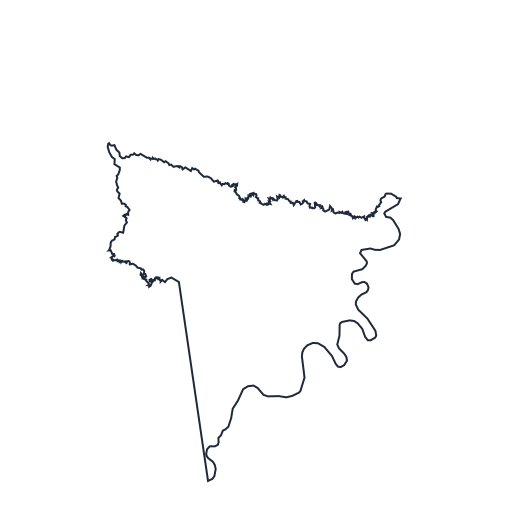 Puerto Concordia, Meta, Colombia, rotated 330°
{"feature_id": "7082276B49783171180305", "entity_name": "Puerto Concordia", "entity_type": "district", "adm_level": 2, "iso_a3": "COL", "parent_name": "Colombia", "parent_adm1": "Meta", "projection": "robinson", "projection_center": [-72.676, 2.773], "detail": "fine", "context": "isolated", "style": "outline", "palette": "slate", "viewbox_px": 512, "rotation_deg": 330, "n_neighbors": 0, "source": "geoboundaries", "source_scale": "gbopen_adm2", "svg_char_len": 6156}
<svg xmlns="http://www.w3.org/2000/svg" viewBox="0 0 512 512"><g transform="rotate(330 256 256)"><path d="M410.0,278.5L406.8,276.2L407.1,274.9L404.2,269.6L400.1,267.1L399.0,267.2L397.3,268.8L393.1,268.8L391.5,270.1L391.3,272.0L388.0,273.4L387.7,274.5L386.1,274.4L385.7,273.6L383.3,275.2L382.4,276.4L382.8,277.7L380.7,278.0L380.9,276.4L379.9,278.1L378.4,277.1L378.7,278.4L377.7,280.3L376.8,279.7L377.3,278.4L375.9,277.4L374.9,278.4L374.3,277.2L373.5,277.3L373.7,278.5L371.7,277.7L370.2,280.1L369.8,279.0L368.8,279.4L368.7,277.6L369.5,275.8L366.5,275.6L365.2,273.6L364.0,273.9L363.5,272.7L362.1,272.8L361.3,271.2L360.5,272.6L359.8,271.0L358.9,271.5L359.2,269.5L357.6,267.5L358.9,267.2L358.9,266.5L357.3,265.6L357.7,264.6L356.1,265.4L355.3,264.7L357.2,263.8L357.1,263.2L355.3,262.7L354.0,263.7L352.9,262.5L352.8,260.9L351.7,261.5L350.3,259.5L349.7,260.4L348.0,259.0L346.2,259.0L345.0,257.1L345.9,254.4L344.5,254.5L345.6,253.3L345.1,249.8L342.7,252.4L338.1,252.1L337.0,250.1L337.8,249.2L337.7,247.6L336.9,247.3L338.1,246.9L338.1,245.8L335.0,244.9L336.3,244.9L335.8,244.1L336.5,243.8L334.1,242.2L334.7,240.9L334.3,239.5L333.5,239.2L331.5,243.6L330.3,243.7L328.6,242.7L328.7,241.9L326.9,241.2L327.0,239.9L328.9,237.9L326.9,236.2L327.1,234.0L325.3,232.5L325.6,231.7L323.9,232.0L323.8,233.2L322.7,233.7L320.5,233.7L320.6,230.8L318.9,229.9L319.2,228.9L318.4,228.6L314.1,230.8L314.5,228.3L312.6,227.4L313.0,226.5L313.9,226.7L312.4,225.4L312.1,222.6L310.3,221.2L311.0,219.9L310.0,219.3L310.1,218.5L309.2,218.7L309.6,218.0L308.4,218.3L306.9,217.1L307.4,215.7L306.9,214.9L305.1,217.1L304.0,215.1L303.1,217.8L301.8,218.4L300.0,216.8L299.8,215.4L298.9,215.8L299.0,214.1L298.3,214.1L297.7,212.5L296.4,213.8L295.8,212.9L295.6,215.5L294.5,215.0L294.5,218.0L293.1,216.5L292.5,217.4L291.2,217.3L291.1,216.2L290.6,216.5L289.8,215.3L288.2,215.5L285.9,211.9L286.7,211.7L286.7,210.0L285.7,209.0L286.7,207.2L286.0,206.9L285.4,204.7L286.5,204.2L287.1,202.6L285.6,201.0L284.9,201.5L285.2,200.7L284.2,201.0L284.5,199.9L282.5,199.5L282.9,200.4L281.5,200.4L281.9,201.2L281.1,201.9L280.3,200.6L280.7,200.0L279.8,199.7L279.7,201.1L278.0,201.3L277.9,202.4L276.6,202.8L276.8,201.7L275.7,202.2L275.5,201.3L274.9,202.2L275.2,203.3L273.2,202.7L272.8,203.4L272.2,202.7L272.9,202.5L272.9,200.2L272.0,200.5L270.7,199.2L271.3,198.8L270.5,197.4L271.3,197.0L271.3,195.1L270.3,193.3L270.4,190.2L269.7,189.4L270.6,188.2L271.8,188.8L272.5,187.5L272.3,186.0L274.1,184.9L274.1,185.8L274.7,185.7L275.4,184.7L274.8,184.9L274.6,183.7L272.5,183.3L272.6,182.4L270.7,182.6L270.7,183.8L268.9,183.5L267.8,181.5L268.5,179.6L267.8,178.7L267.1,179.1L265.9,177.6L264.6,178.0L263.1,176.9L261.7,177.6L261.4,175.0L260.6,174.5L261.2,174.1L260.0,173.5L260.6,172.2L259.8,171.8L260.1,171.3L256.7,170.6L255.8,166.0L253.9,163.0L250.4,161.3L248.5,154.9L248.8,153.4L246.9,149.9L245.6,150.0L244.7,148.0L242.1,149.8L239.1,143.9L235.8,144.3L236.2,142.2L235.4,140.5L234.2,139.7L233.8,140.7L232.4,138.5L229.1,137.5L228.2,134.5L226.4,133.9L226.6,132.0L225.1,128.7L223.3,128.9L221.8,125.1L220.1,123.4L218.7,124.2L218.7,123.0L217.2,121.8L217.4,121.2L215.8,120.4L215.7,119.6L215.1,120.3L213.3,118.6L212.8,119.3L212.3,117.2L210.7,116.4L207.0,109.8L204.4,110.0L202.6,108.4L201.9,106.2L200.5,106.8L198.0,105.7L195.4,106.9L193.3,104.8L191.3,105.6L189.1,104.5L188.0,101.4L189.4,98.0L188.2,94.3L188.8,89.2L186.4,88.4L185.3,87.3L185.1,84.8L184.2,84.9L182.1,87.3L180.8,92.9L180.7,98.2L182.1,101.5L179.3,105.7L182.3,111.3L180.9,113.6L177.4,116.5L175.3,117.0L175.0,118.9L172.1,121.6L170.9,125.7L170.9,127.8L168.5,129.2L168.2,130.9L169.1,133.7L165.9,137.1L166.7,140.3L166.0,143.7L168.0,144.7L168.8,146.7L168.0,147.8L169.1,149.1L169.5,152.9L167.2,154.0L165.9,156.4L164.7,154.8L163.5,155.6L162.8,154.6L161.1,154.9L162.8,158.6L161.1,160.1L161.0,162.4L157.3,163.8L152.6,169.4L150.1,167.0L148.9,166.9L146.9,167.6L146.9,168.9L146.1,169.4L143.4,169.1L141.8,170.9L138.9,170.7L137.1,171.5L134.6,175.2L132.4,176.9L132.6,177.5L131.4,177.7L133.0,178.6L132.5,182.3L134.0,183.3L133.8,185.0L133.2,185.4L132.6,184.4L129.6,184.9L130.3,185.8L129.3,187.0L129.7,188.5L130.7,188.1L131.5,189.2L133.9,189.6L133.5,191.1L134.9,191.0L135.8,191.8L134.8,192.0L134.7,192.8L136.0,192.5L135.9,193.8L136.9,193.0L137.8,193.4L137.6,194.2L140.7,195.6L140.4,196.7L139.9,196.5L140.3,197.3L141.9,196.2L143.2,196.7L143.7,197.5L143.1,199.8L141.8,200.1L145.4,201.0L147.2,204.3L147.5,206.7L150.3,209.4L150.0,210.6L151.7,211.4L151.6,213.3L150.0,215.4L151.1,216.2L150.7,218.8L148.7,219.0L147.8,213.3L146.6,214.6L147.1,216.2L146.5,218.8L149.1,221.5L148.4,222.0L149.4,226.3L148.7,227.5L147.8,227.4L148.8,228.5L148.3,229.2L149.8,229.1L153.1,226.6L151.3,224.8L151.9,223.4L153.7,223.5L153.7,225.1L154.5,226.3L155.3,225.4L156.3,226.4L157.4,224.8L158.3,225.4L159.0,224.5L160.4,225.5L159.9,226.8L161.3,226.8L160.5,228.3L161.3,229.2L160.6,230.5L162.8,229.8L164.1,233.1L167.6,231.7L171.9,232.3L176.2,240.0L102.0,426.8L106.8,427.2L109.9,425.8L114.6,420.3L115.8,416.5L115.8,412.7L113.5,407.1L113.3,404.5L114.1,402.2L117.0,398.9L120.8,397.7L125.3,400.3L128.6,400.4L130.5,398.6L132.5,394.7L136.0,393.8L140.0,390.6L142.3,390.9L146.6,390.1L153.4,384.0L159.5,376.6L167.9,372.3L178.3,364.9L184.0,364.8L189.1,367.0L191.4,371.1L193.1,380.0L196.1,383.5L205.6,388.7L211.7,393.6L217.6,395.3L225.0,395.8L227.1,395.0L237.2,385.6L245.5,366.0L247.9,362.7L251.0,360.4L255.8,359.0L261.7,359.7L266.0,362.5L269.7,368.9L271.8,380.7L271.1,389.1L271.6,392.7L273.7,394.5L277.8,394.6L282.6,392.0L283.8,388.2L283.5,384.4L281.7,377.5L282.1,373.3L288.4,366.8L294.1,357.3L295.1,356.4L297.4,356.1L304.9,358.6L308.5,361.4L310.4,365.1L311.6,372.2L310.1,380.4L310.7,384.9L313.2,386.3L318.3,386.3L320.3,385.1L322.0,380.5L321.2,366.0L317.7,353.6L318.2,347.9L319.8,345.4L323.8,343.0L328.3,342.1L333.4,342.6L335.9,341.5L337.6,339.7L338.1,337.6L338.2,335.1L336.8,332.7L334.9,331.7L330.0,331.2L327.7,329.3L327.5,323.9L330.2,319.5L332.7,318.3L341.5,320.6L346.2,319.3L348.3,317.9L349.2,316.1L347.5,305.6L350.4,303.5L358.8,306.7L362.2,310.2L366.5,312.8L381.0,315.8L388.2,313.2L391.8,309.0L393.0,304.0L392.7,293.5L391.6,290.0L388.2,287.2L388.4,283.2L390.1,282.3L404.9,282.1L410.0,278.5Z" fill="none" stroke="#1e293b" stroke-width="2"/></g></svg>